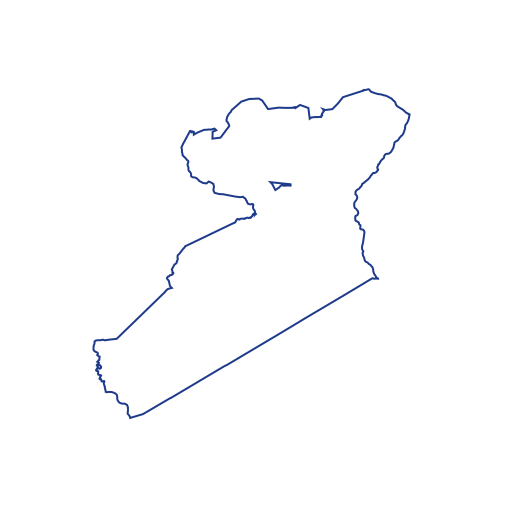 Chiredzi, Masvingo, Zimbabwe (Natural Earth projection), rotated 20°
{"feature_id": "62879985B37979176120849", "entity_name": "Chiredzi", "entity_type": "district", "adm_level": 2, "iso_a3": "ZWE", "parent_name": "Zimbabwe", "parent_adm1": "Masvingo", "projection": "natural_earth1", "projection_center": [31.656, -21.413], "detail": "fine", "context": "isolated", "style": "outline", "palette": "blue", "viewbox_px": 512, "rotation_deg": 20, "n_neighbors": 0, "source": "geoboundaries", "source_scale": "gbopen_adm2", "svg_char_len": 6054}
<svg xmlns="http://www.w3.org/2000/svg" viewBox="0 0 512 512"><g transform="rotate(20 256 256)"><path d="M161.2,435.0L162.3,435.1L163.8,434.2L166.8,433.2L168.7,433.1L170.9,433.3L172.2,433.8L172.9,434.3L174.0,436.2L174.2,437.2L174.9,438.4L175.5,439.0L177.0,440.1L177.9,440.5L179.7,440.6L180.8,440.5L182.6,439.8L183.2,439.7L185.7,440.0L187.3,441.8L188.5,444.9L189.2,447.9L189.7,448.3L192.3,449.9L193.1,451.2L203.9,443.2L219.7,424.1L224.1,418.8L224.4,418.7L263.9,370.4L265.9,368.4L305.3,320.2L323.8,297.3L353.5,261.1L372.9,237.2L373.3,237.0L374.6,237.0L376.6,236.1L378.4,235.6L378.2,235.3L377.1,235.3L376.5,235.0L375.5,234.2L375.1,233.7L373.5,232.7L371.7,230.7L371.0,229.1L369.4,226.8L368.1,226.2L366.8,225.3L364.5,224.8L363.2,224.0L361.6,223.9L360.5,223.6L359.1,222.2L358.6,221.2L357.9,220.3L356.4,219.0L355.1,216.7L355.3,215.1L353.4,213.3L352.6,211.6L352.3,210.0L352.0,206.9L350.0,197.3L349.6,196.2L348.7,195.2L347.5,194.7L346.6,194.7L345.6,195.0L344.7,194.8L344.3,194.0L344.0,192.3L343.6,191.4L342.1,190.9L341.2,189.6L340.8,189.2L339.4,189.1L338.7,188.8L338.0,188.9L337.2,188.4L336.1,186.1L335.8,184.8L335.9,184.2L336.7,183.6L337.3,182.8L337.5,181.4L337.4,180.6L336.5,179.1L334.0,177.5L332.4,177.0L331.2,175.5L330.7,173.9L330.4,173.6L330.3,171.8L331.3,168.4L331.1,166.1L329.5,164.4L328.3,164.0L328.0,162.7L327.8,162.5L327.6,161.7L327.7,160.7L328.3,159.4L329.9,157.4L330.6,155.2L331.0,154.8L331.1,153.8L331.3,153.1L331.1,152.3L331.5,151.4L332.5,150.3L332.8,149.5L335.4,145.1L336.2,142.7L336.4,141.2L336.8,140.5L337.6,138.1L337.9,137.8L338.8,137.6L339.9,136.7L340.6,135.6L340.9,134.3L341.3,133.5L341.2,132.9L340.6,132.7L339.6,131.2L339.6,130.6L339.7,129.7L339.6,129.0L339.6,128.1L340.2,127.7L340.4,125.7L340.9,123.6L341.9,121.2L342.3,120.9L342.6,120.2L342.3,117.8L342.7,116.4L343.8,115.3L344.8,114.9L345.9,114.3L347.3,112.0L348.1,107.4L347.6,103.3L347.4,102.7L347.4,101.8L348.1,100.6L349.3,99.4L349.8,98.5L350.2,97.4L350.3,96.4L351.3,93.8L352.1,92.5L352.6,90.4L352.5,85.3L352.3,84.6L352.0,84.2L352.0,83.4L351.7,82.5L351.7,81.4L352.3,80.0L352.7,77.1L352.6,74.6L351.9,70.5L351.0,70.5L351.0,70.3L347.7,69.9L345.7,68.9L344.8,68.7L344.4,68.4L337.2,66.9L336.3,66.3L336.0,65.9L335.2,65.3L334.8,64.6L334.0,63.7L330.3,62.2L330.1,61.9L329.4,61.7L324.4,61.0L322.4,61.0L321.2,61.3L319.2,61.3L317.1,61.6L315.8,62.0L312.3,62.3L308.2,62.3L308.2,62.2L306.4,61.6L305.6,60.9L304.8,60.8L304.3,61.0L302.8,62.1L301.3,62.9L300.5,63.7L300.1,63.5L299.9,64.2L283.4,77.0L281.5,82.7L280.4,85.6L277.5,91.9L271.2,95.1L268.8,95.1L270.0,95.8L269.8,96.4L270.2,97.0L269.9,97.3L269.6,98.8L269.6,99.7L269.4,100.0L270.1,101.3L269.9,101.8L269.7,101.3L269.4,101.5L269.6,102.1L269.5,102.5L269.6,103.0L264.8,105.0L264.7,104.9L260.6,106.9L259.5,108.6L254.6,99.0L245.7,99.0L242.6,103.3L242.1,102.6L240.6,103.4L240.9,103.8L232.9,106.8L226.4,108.9L217.1,113.8L208.7,107.8L204.8,107.1L195.9,110.8L189.4,115.9L183.1,127.5L183.2,128.8L182.0,131.5L181.3,135.5L181.6,136.5L181.6,137.9L182.2,139.3L183.3,139.8L184.9,141.1L186.1,142.4L186.4,143.3L185.3,146.6L182.2,156.9L174.9,160.6L172.8,154.1L175.6,151.4L173.4,150.5L170.8,152.4L167.8,153.5L165.7,154.6L164.2,155.1L159.0,159.8L156.1,163.2L155.9,162.6L155.4,162.1L155.7,161.4L155.0,160.6L154.2,160.9L153.8,160.7L153.0,161.8L152.4,161.4L151.9,160.8L151.3,161.0L149.1,175.7L148.8,179.6L149.8,180.9L150.9,183.7L152.0,185.1L152.6,186.5L156.2,188.1L158.0,189.2L159.5,189.7L160.0,190.2L160.3,190.9L160.4,193.8L161.8,195.3L162.2,196.0L163.1,198.2L164.1,199.2L165.5,199.7L166.3,200.4L167.2,201.7L167.6,203.0L167.9,203.3L169.3,203.7L172.0,203.1L173.5,203.2L176.1,204.3L176.9,204.9L181.4,205.5L184.7,204.7L186.1,202.2L188.5,202.3L191.3,202.9L192.8,205.3L193.5,208.9L195.5,210.8L200.2,210.4L204.0,209.2L215.9,207.3L220.9,206.2L223.6,204.8L224.1,205.1L226.4,205.7L227.9,207.2L228.6,207.6L230.0,209.2L230.5,209.6L232.5,209.6L233.5,209.2L234.7,208.4L235.5,208.4L236.2,209.2L236.1,210.1L236.5,211.3L237.2,212.4L238.2,213.3L239.1,213.7L239.8,214.6L240.1,215.5L241.6,216.6L241.2,217.2L241.0,216.9L240.8,217.0L240.7,217.4L240.5,216.8L240.3,216.8L239.3,217.1L238.8,218.1L239.0,218.8L238.7,219.5L238.7,220.0L238.5,220.3L238.3,221.2L237.5,221.5L237.6,222.1L236.1,222.9L235.6,222.8L234.3,223.1L233.5,224.2L233.0,224.2L232.5,224.8L232.2,224.8L232.1,225.2L230.4,225.5L228.6,226.4L228.3,226.7L228.1,227.4L227.6,227.5L227.0,227.3L226.5,227.6L226.0,227.5L225.3,228.8L225.1,230.1L225.1,231.2L224.8,231.5L224.5,232.2L223.9,232.5L219.0,237.5L186.1,271.1L186.0,272.4L185.3,273.6L183.3,279.9L182.2,282.1L182.8,284.5L183.6,285.5L183.5,287.3L183.7,287.9L183.5,288.4L183.7,289.1L183.7,289.6L183.2,290.8L182.3,291.9L181.5,297.4L182.9,299.2L183.1,300.1L184.0,300.1L184.1,300.3L183.7,300.7L184.1,301.0L184.1,301.3L183.6,302.3L183.2,302.4L183.0,302.7L181.6,303.6L181.2,304.9L180.2,305.6L179.9,306.8L180.0,307.6L182.7,309.2L183.0,310.0L183.4,310.4L185.2,313.3L186.4,314.2L187.8,314.8L184.4,317.2L183.1,319.7L182.7,321.1L153.4,381.5L146.5,384.9L142.6,387.0L140.7,387.0L138.8,388.3L136.0,389.3L134.2,390.4L133.6,391.4L134.2,393.8L134.2,396.1L135.3,399.6L136.6,400.6L138.1,400.9L139.9,401.0L140.4,401.2L141.0,402.4L140.7,403.4L142.4,404.0L143.4,404.0L143.6,404.2L143.7,405.1L144.3,407.2L143.8,407.8L143.1,409.7L144.4,409.7L144.9,410.0L144.9,410.4L144.2,412.0L143.8,412.5L143.7,413.1L144.5,413.7L144.8,413.5L144.9,413.0L146.0,411.9L146.5,412.0L147.6,412.5L148.3,413.0L148.5,413.6L148.6,414.2L148.2,414.5L147.9,415.3L147.0,415.5L146.1,414.7L145.3,414.8L145.4,415.3L145.1,416.1L145.0,416.8L145.2,417.0L144.7,417.8L144.8,418.1L145.5,418.5L146.6,418.2L147.2,418.4L147.4,418.8L147.7,420.6L148.3,421.3L149.3,421.4L150.6,421.1L151.4,421.3L151.4,421.6L150.8,422.2L150.9,422.9L151.2,423.6L150.8,424.5L151.0,425.0L151.7,425.2L152.7,424.9L153.8,426.6L154.5,426.5L155.8,425.5L156.1,425.5L156.4,425.7L156.5,426.2L156.4,427.2L156.7,428.1L158.0,429.8L158.7,430.5L159.0,431.6L161.2,434.6L161.2,435.0ZM244.3,181.7L263.9,176.8L264.4,177.8L264.4,178.1L261.8,178.8L258.3,180.4L255.9,180.7L255.4,181.3L254.9,182.1L254.4,183.6L251.6,187.4L246.7,182.9L244.3,181.7Z" fill="none" stroke="#1e3a8a" stroke-width="2"/></g></svg>